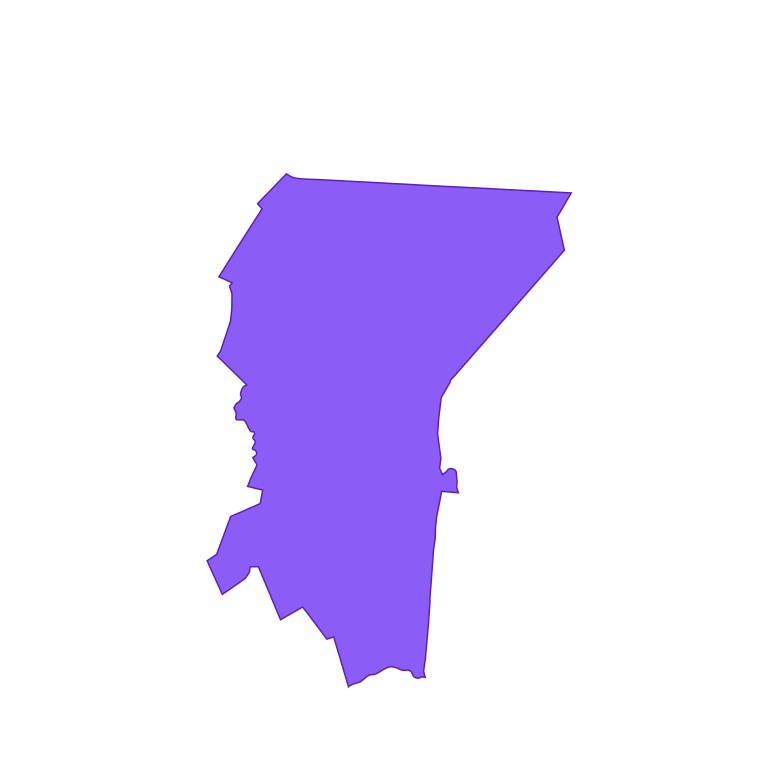 outline of Olari, Arad, Romania, rotated 127°
{"feature_id": "2599482B34473248507374", "entity_name": "Olari", "entity_type": "district", "adm_level": 2, "iso_a3": "ROU", "parent_name": "Romania", "parent_adm1": "Arad", "projection": "robinson", "projection_center": [21.573, 46.398], "detail": "fine", "context": "isolated", "style": "filled", "palette": "violet", "viewbox_px": 768, "rotation_deg": 127, "n_neighbors": 0, "source": "geoboundaries", "source_scale": "gbopen_adm2", "svg_char_len": 2655}
<svg xmlns="http://www.w3.org/2000/svg" viewBox="0 0 768 768"><g transform="rotate(127 384 384)"><path d="M462.1,534.0L462.9,527.2L463.0,526.2L463.9,519.6L467.3,493.0L468.4,493.5L469.8,494.3L471.5,494.6L473.3,494.5L475.3,493.9L477.4,493.1L478.9,492.2L479.5,491.0L480.5,490.0L481.3,489.1L482.3,489.0L483.7,489.0L485.0,488.9L486.0,489.1L487.1,489.7L488.5,490.1L491.2,489.9L492.8,489.7L493.8,488.9L495.6,485.2L497.5,483.6L499.4,482.6L500.6,481.8L501.2,480.8L501.1,480.1L500.5,479.1L500.0,478.4L499.5,477.7L497.3,474.7L497.1,472.9L499.6,467.7L501.7,463.4L502.1,461.7L501.7,460.8L500.9,459.9L500.5,459.2L500.9,458.2L501.3,457.4L502.4,457.2L504.4,457.1L505.7,456.5L506.1,456.1L506.5,455.3L506.7,453.9L506.8,452.9L508.0,451.8L509.5,451.2L511.0,451.2L512.5,450.8L514.4,450.5L515.1,449.7L515.0,448.9L514.6,447.7L514.5,446.5L514.9,445.4L515.4,444.5L517.0,443.5L518.1,443.4L520.4,444.0L521.0,444.3L521.6,444.5L521.9,444.1L525.0,436.7L538.9,433.8L547.9,431.3L541.7,417.1L554.0,410.9L582.1,426.7L620.8,415.1L631.6,418.9L649.3,386.6L637.1,382.4L622.7,377.8L615.1,378.3L610.5,380.9L605.5,374.3L634.5,324.8L611.1,314.8L613.1,307.2L622.1,276.0L616.3,271.9L636.6,244.4L647.2,230.1L645.9,230.0L643.3,228.6L640.1,226.6L638.5,225.2L636.1,223.7L632.3,222.6L627.5,221.6L624.0,219.6L622.9,218.1L621.7,216.9L619.0,215.3L616.2,214.1L612.4,212.7L607.7,210.4L605.1,207.7L603.7,204.9L602.9,202.5L602.4,200.0L602.0,198.2L601.2,196.4L599.5,194.2L598.2,193.1L597.5,191.4L597.5,190.0L597.5,188.9L597.8,188.3L598.7,186.4L599.7,184.6L599.7,182.8L599.0,180.5L597.2,178.6L594.9,177.4L593.5,174.5L589.9,179.2L588.0,180.4L578.7,185.5L547.5,205.0L529.8,216.5L528.7,217.6L512.1,228.2L485.9,245.1L476.6,250.1L468.0,256.2L458.7,261.9L449.9,266.1L442.5,269.7L435.1,273.4L427.4,261.3L426.1,259.1L424.7,261.3L423.5,263.0L421.4,264.8L418.7,266.3L417.6,267.3L413.8,270.7L410.8,273.4L410.3,274.2L409.9,275.5L410.1,276.5L410.6,278.7L411.9,280.5L413.5,281.4L414.8,281.4L416.3,281.4L417.7,281.7L421.1,282.9L417.8,288.9L409.2,293.8L391.0,311.7L390.2,312.1L378.9,319.4L360.5,330.1L343.4,332.2L340.6,333.2L335.4,332.6L265.5,327.5L185.8,321.7L176.8,321.1L172.6,320.8L168.9,320.5L168.6,320.5L159.1,331.6L147.4,345.3L146.7,346.2L146.3,346.2L146.1,346.3L143.9,346.5L131.7,347.9L128.1,348.4L123.7,348.9L121.5,349.1L120.3,349.3L119.8,349.3L118.7,349.5L119.6,350.7L123.6,356.7L163.0,415.1L198.0,466.9L260.2,559.4L268.5,571.3L272.4,577.6L274.2,582.3L274.9,588.4L316.1,593.5L317.5,586.8L355.6,583.9L382.2,581.7L397.7,580.4L394.6,566.1L398.7,566.4L403.4,559.7L415.4,550.9L424.5,545.4L426.7,544.2L443.6,538.5L455.6,534.4L458.1,534.2L459.5,534.2L462.1,534.0Z" fill="#8b5cf6" stroke="#5b21b6" stroke-width="1.5"/></g></svg>